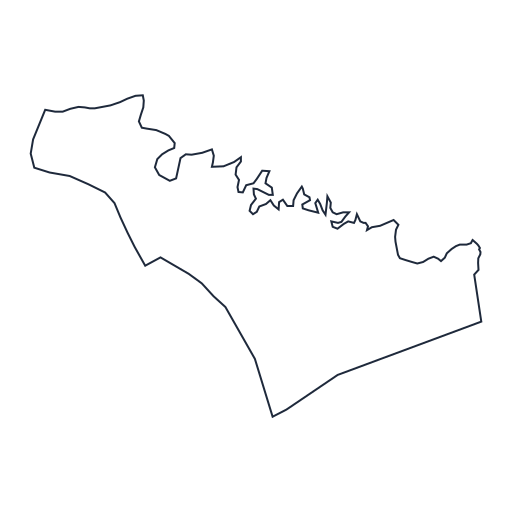 the district of Sabak Bernam, Selangor, Malaysia
{"feature_id": "92858781B3591974516081", "entity_name": "Sabak Bernam", "entity_type": "district", "adm_level": 2, "iso_a3": "MYS", "parent_name": "Malaysia", "parent_adm1": "Selangor", "projection": "mercator", "projection_center": [101.106, 3.678], "detail": "fine", "context": "isolated", "style": "outline", "palette": "slate", "viewbox_px": 512, "rotation_deg": 0, "n_neighbors": 0, "source": "geoboundaries", "source_scale": "gbopen_adm2", "svg_char_len": 2258}
<svg xmlns="http://www.w3.org/2000/svg" viewBox="0 0 512 512"><path d="M393.6,220.0L380.1,225.8L371.9,227.2L367.0,230.1L368.0,226.3L365.6,222.9L363.6,222.9L360.3,221.4L356.9,214.2L355.4,220.0L354.0,222.9L348.2,221.4L343.8,223.9L337.5,228.7L332.7,226.8L331.3,221.4L338.0,222.9L341.4,221.9L345.3,216.6L349.1,212.3L343.3,212.3L336.6,214.2L332.7,212.3L330.3,207.9L330.8,202.6L327.4,196.3L326.9,202.6L325.5,214.7L322.6,210.3L320.2,204.0L317.7,199.7L315.3,203.1L318.2,212.7L308.6,210.3L302.8,208.4L302.3,204.5L310.0,200.2L309.5,197.3L304.2,194.4L302.8,188.6L301.8,186.6L297.0,193.4L293.6,200.2L293.1,206.0L287.3,206.0L282.9,199.7L279.1,202.1L278.6,209.4L273.8,205.5L270.4,200.2L266.0,204.0L259.3,206.5L256.8,211.8L253.0,214.2L249.6,210.8L251.0,205.0L255.9,198.7L253.9,194.4L253.5,188.6L257.3,189.1L268.9,194.9L272.8,194.9L271.8,187.6L265.5,183.3L266.5,177.9L269.4,171.2L262.2,170.7L256.8,178.9L253.5,183.3L246.2,185.2L242.8,192.4L238.5,192.0L237.5,187.1L239.0,179.9L235.6,174.6L236.5,167.3L240.9,161.5L240.9,157.2L234.1,162.0L223.5,166.3L211.9,166.8L212.9,162.5L213.8,155.7L211.9,149.4L202.2,152.8L191.6,154.7L185.8,154.3L180.5,158.1L178.1,169.2L176.1,178.4L169.8,180.8L159.2,175.0L154.9,167.3L157.3,159.1L162.1,154.3L168.4,150.4L174.2,148.0L174.7,143.1L168.9,135.9L165.5,134.0L156.3,130.1L146.7,128.6L141.8,127.7L138.9,121.4L140.9,114.6L143.3,107.4L143.8,100.6L142.8,95.3L135.5,95.8L127.3,98.7L120.1,102.1L110.4,105.4L94.9,108.3L89.6,108.3L84.8,107.4L78.5,106.9L70.3,108.8L62.6,111.7L55.3,111.7L45.2,109.8L33.1,139.4L30.7,153.6L34.3,167.7L49.6,172.5L69.7,176.0L88.5,184.3L105.1,192.5L114.5,203.1L120.4,217.3L127.5,232.6L134.6,246.8L145.2,265.7L160.5,257.4L188.8,273.9L201.8,283.4L213.6,296.3L225.4,307.0L254.9,358.9L272.6,416.7L286.4,409.6L337.7,374.9L481.3,321.6L481.2,321.1L474.2,274.6L478.5,269.9L478.1,262.9L478.3,258.3L479.5,255.9L480.3,254.3L480.5,252.0L479.1,249.4L479.9,248.0L478.3,245.4L476.9,243.8L472.6,240.0L472.4,240.3L470.9,243.2L466.6,244.6L459.8,244.6L456.0,246.1L451.6,249.0L446.8,253.3L444.8,257.7L441.0,261.1L438.1,258.7L433.7,256.7L428.4,258.7L423.1,262.0L417.3,263.5L412.0,262.0L405.7,260.1L399.9,258.2L398.0,254.8L395.5,241.7L395.1,236.9L396.0,229.7L398.4,224.8L396.0,222.4L393.6,220.0Z" fill="none" stroke="#1e293b" stroke-width="2"/></svg>